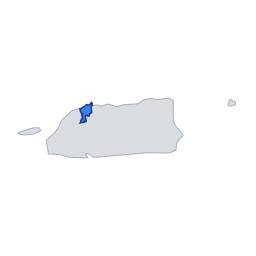 Guayama, Puerto Rico shown in context, rotated 173°
{"feature_id": "32010507B40723553467953", "entity_name": "Guayama", "entity_type": "district", "adm_level": 2, "iso_a3": "PRI", "parent_name": "Puerto Rico", "parent_adm1": "", "projection": "natural_earth1", "projection_center": [-66.125, 18.011], "detail": "fine", "context": "in_parent", "style": "filled", "palette": "blue", "viewbox_px": 256, "rotation_deg": 173, "n_neighbors": 0, "source": "geoboundaries", "source_scale": "gbopen_adm2", "svg_char_len": 3380}
<svg xmlns="http://www.w3.org/2000/svg" viewBox="0 0 256 256"><g transform="rotate(173 128 128)"><path d="M168.5,105.8L171.0,107.7L173.5,107.5L171.5,103.5L173.4,103.5L189.3,105.9L199.5,110.1L210.1,112.0L210.7,125.7L202.6,131.1L197.3,136.8L193.0,143.8L181.6,152.0L167.9,154.4L158.8,154.6L155.4,154.4L152.1,153.0L145.2,154.3L136.7,150.7L129.5,151.6L115.0,150.8L109.6,153.9L104.4,154.6L99.3,154.0L94.9,152.6L84.2,152.7L79.7,150.0L81.6,134.5L81.8,127.5L79.1,121.7L76.2,118.0L74.2,113.7L78.4,110.8L81.8,106.7L82.9,100.5L86.7,99.0L91.2,98.2L111.7,101.1L163.5,102.8L166.5,103.3L168.5,105.8ZM227.0,139.1L220.4,139.7L216.2,138.9L214.8,136.0L222.7,133.3L231.9,133.7L237.2,135.3L237.8,136.4L227.0,139.1ZM23.5,143.6L22.7,143.7L22.0,143.6L21.6,143.3L21.1,142.4L18.7,140.9L18.2,139.6L18.7,138.2L19.7,137.6L24.5,137.4L25.0,137.6L25.9,138.6L26.0,139.3L25.5,139.9L24.6,141.6L24.3,142.1L24.0,142.5L23.9,143.3L23.5,143.6Z" fill="#d9dde1" stroke="#a8b0b8" stroke-width="1"/><path d="M165.4,144.5L164.9,145.6L164.7,146.2L164.5,146.3L164.4,146.3L164.2,146.6L164.3,146.9L164.1,147.0L163.9,147.0L163.5,147.1L163.4,147.3L163.2,147.5L162.9,147.4L162.7,147.6L162.5,147.8L162.3,147.9L162.3,148.2L162.1,148.2L162.1,148.3L162.1,150.5L162.1,151.2L162.1,152.4L162.1,153.1L162.1,154.0L161.8,154.0L161.4,154.3L161.0,154.6L160.9,154.6L160.8,154.8L160.7,155.0L160.9,155.5L161.0,155.7L161.1,155.8L160.8,156.3L160.5,156.7L160.5,156.8L160.9,157.6L161.0,157.8L161.4,157.6L161.9,157.0L162.4,156.7L162.8,156.3L162.9,155.8L163.2,155.6L163.6,155.6L164.0,155.7L164.5,155.7L164.8,155.8L165.0,155.9L165.6,156.1L165.8,156.2L166.0,156.3L166.3,156.3L167.0,155.9L167.2,155.6L167.4,155.5L167.7,155.3L168.0,155.2L168.4,154.7L168.8,154.6L169.2,154.4L169.6,154.4L169.9,154.4L170.3,154.1L170.5,153.9L171.1,153.6L171.3,153.4L172.0,152.9L172.4,152.7L172.8,152.7L172.9,152.8L173.0,152.8L173.4,152.8L173.3,152.6L173.3,152.3L173.4,152.1L173.2,151.5L173.2,150.7L173.3,150.5L173.3,150.3L173.3,150.1L173.1,149.8L172.9,149.6L172.9,149.4L172.6,149.3L172.5,149.0L172.4,148.4L172.2,148.2L171.9,148.0L171.6,147.7L171.6,147.4L171.3,147.3L171.6,147.0L171.8,147.0L171.9,146.9L172.1,146.8L172.4,146.4L172.4,146.2L172.1,146.0L172.1,145.8L172.1,145.6L171.9,145.2L172.0,145.1L172.1,144.7L171.8,143.9L171.9,143.7L172.1,143.2L172.2,143.3L172.5,143.2L172.6,142.8L172.6,142.7L172.5,142.2L173.0,142.0L173.4,141.6L173.5,141.7L173.7,141.4L173.9,141.1L174.1,140.7L174.2,140.3L174.2,140.2L174.2,139.8L174.1,139.7L174.4,139.2L174.6,139.1L174.8,138.9L174.7,138.9L174.6,139.1L174.4,139.1L174.2,139.3L174.2,139.2L173.9,139.4L173.7,139.3L173.5,139.5L173.3,139.4L173.2,139.4L173.1,139.2L172.7,139.3L172.3,139.2L172.2,139.1L171.9,139.0L171.9,138.9L171.7,138.9L171.4,138.9L171.3,139.0L171.1,139.2L170.8,139.1L170.7,139.2L170.7,139.4L170.6,139.5L170.4,139.7L170.1,139.6L170.1,139.8L170.0,140.1L169.8,140.5L169.5,140.4L169.1,140.3L168.7,139.9L168.6,140.2L168.6,140.4L168.6,140.5L168.6,140.9L168.6,141.0L168.7,141.4L168.9,141.4L168.9,141.7L168.8,141.9L168.7,141.8L168.7,142.0L168.8,142.2L169.1,142.3L169.2,142.6L169.1,142.8L169.2,143.3L169.1,143.5L169.0,143.9L168.9,144.1L168.8,144.4L168.6,144.7L168.6,145.0L168.4,145.3L168.5,145.5L168.1,145.7L168.0,145.8L167.8,145.7L167.7,145.8L167.4,145.7L167.2,145.4L166.9,145.3L166.7,145.3L166.4,145.3L166.3,145.2L166.1,144.9L166.1,144.6L165.9,144.6L165.7,144.6L165.4,144.5Z" fill="#3b82f6" stroke="#1e3a8a" stroke-width="1.5"/></g></svg>